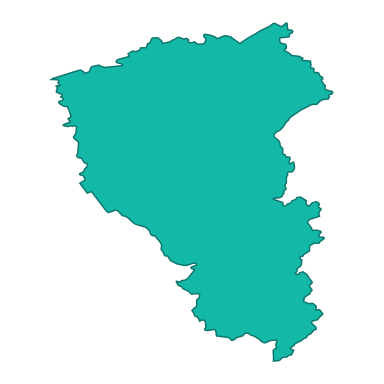 an SVG outline of Kemerovo
{"feature_id": "RUS-2401", "entity_name": "Kemerovo", "entity_type": "Region", "adm_level": 1, "iso_a3": "RUS", "parent_name": "Russia", "parent_adm1": "", "projection": "natural_earth1", "projection_center": [87.523, 54.5], "detail": "fine", "context": "isolated", "style": "filled", "palette": "teal", "viewbox_px": 384, "rotation_deg": 0, "n_neighbors": 0, "source": "natural_earth", "source_scale": "10m", "svg_char_len": 5885}
<svg xmlns="http://www.w3.org/2000/svg" viewBox="0 0 384 384"><path d="M281.2,26.6L282.2,26.3L286.2,23.0L287.2,23.6L287.2,26.0L287.8,29.6L291.6,30.3L292.3,30.5L292.7,31.2L292.3,32.8L290.1,33.6L289.4,34.2L289.4,36.2L288.8,37.0L280.3,37.8L279.7,38.2L279.6,40.8L280.7,43.2L285.4,44.2L286.4,45.7L286.1,48.4L284.3,50.0L284.6,50.9L287.9,52.3L291.8,55.5L299.6,56.4L300.6,57.3L302.6,57.9L302.8,58.5L301.8,59.4L301.7,60.0L302.1,60.3L310.5,61.1L310.7,61.4L310.4,62.9L311.1,64.6L310.4,66.7L310.6,67.6L313.9,68.6L314.0,69.3L313.7,71.0L314.0,72.1L314.9,72.6L317.0,72.5L318.6,73.0L318.9,73.4L319.7,75.7L322.0,76.9L322.7,77.7L322.9,78.8L321.1,79.6L323.6,84.2L325.2,85.5L325.3,86.3L324.8,88.0L325.0,88.9L326.9,90.2L332.4,91.6L332.7,92.6L331.8,94.1L329.0,94.7L328.6,95.6L329.4,96.9L328.4,98.9L323.0,99.6L321.1,100.4L319.8,101.2L317.2,104.0L316.2,104.4L312.9,104.3L311.2,104.8L300.9,110.0L290.0,117.5L288.9,119.6L286.0,122.4L283.3,126.7L280.0,130.1L275.5,132.6L274.0,135.0L274.0,136.3L274.7,137.3L278.9,140.8L279.9,143.2L280.2,145.9L282.8,148.7L282.7,153.5L283.2,154.1L285.0,154.7L285.7,156.3L286.6,157.1L289.5,157.1L290.0,157.9L290.1,159.1L289.0,161.7L289.3,163.3L290.2,163.8L292.5,162.3L293.7,162.3L294.5,166.8L294.3,168.8L292.3,171.8L288.7,171.9L287.4,173.0L287.6,175.5L286.5,176.6L286.3,183.1L284.7,185.2L286.1,188.9L283.9,191.1L283.8,193.6L282.6,194.9L281.9,196.5L281.3,197.0L277.7,198.0L273.9,198.3L273.3,198.6L273.3,199.0L274.3,199.7L282.5,202.4L282.9,203.1L283.4,206.0L284.3,206.3L286.1,205.5L287.9,203.8L289.9,203.5L291.0,202.5L291.7,201.1L295.8,199.3L297.0,197.6L299.7,197.0L301.2,197.4L306.3,200.7L305.8,203.9L308.8,206.1L309.5,206.1L311.2,203.7L312.3,202.8L316.3,201.7L318.4,202.9L319.4,204.2L318.6,206.2L318.6,207.1L321.1,209.0L318.7,213.0L319.5,216.3L309.6,219.4L308.0,221.1L307.6,222.4L308.4,224.0L311.3,227.7L312.4,230.4L317.0,230.2L320.8,231.4L321.2,232.1L318.8,234.8L319.1,236.5L320.0,237.2L323.2,237.1L324.3,238.1L323.5,239.2L320.2,241.3L319.1,243.1L314.1,243.2L310.6,245.1L309.8,245.9L309.6,246.8L309.5,250.5L309.1,251.3L303.9,254.4L302.7,256.3L300.8,256.5L299.7,257.1L299.7,257.8L301.8,260.0L301.2,265.0L300.1,266.5L297.3,268.5L297.0,271.1L295.4,273.4L295.7,274.1L298.1,274.6L298.7,274.3L299.4,272.9L303.0,271.8L307.3,274.8L307.9,276.5L312.0,281.8L312.1,282.7L311.7,283.4L309.5,285.4L309.4,286.0L309.5,286.5L312.0,289.8L311.9,290.5L310.4,291.9L309.5,294.2L307.6,295.1L304.0,297.7L303.8,297.9L304.4,298.9L303.2,301.0L303.8,301.6L308.4,303.6L312.9,303.4L316.2,306.2L316.3,307.3L315.6,309.8L316.3,310.1L318.9,309.6L319.7,309.9L322.8,313.9L322.7,314.3L319.5,317.2L317.6,319.7L312.5,321.0L311.8,321.5L311.6,322.9L311.9,323.6L315.8,327.0L316.2,328.8L316.0,329.5L313.5,330.3L311.2,333.4L308.1,335.0L306.3,337.5L303.3,338.9L301.4,340.5L295.4,343.5L293.8,345.6L290.4,348.0L290.2,348.5L290.7,349.2L293.7,350.3L291.4,354.9L288.3,355.5L286.7,357.1L284.5,357.0L282.9,357.5L281.4,358.4L280.0,360.0L278.5,360.7L273.3,361.0L273.6,358.9L273.2,350.6L276.7,347.1L276.6,346.4L275.7,345.2L276.8,341.3L276.7,340.2L276.4,340.0L270.4,340.5L266.4,342.4L264.3,342.9L261.0,341.1L258.8,338.9L255.5,336.9L253.1,335.7L251.5,335.4L248.0,333.1L244.7,333.5L242.5,336.0L237.2,337.3L233.6,340.0L231.5,340.3L229.4,338.1L228.3,337.5L216.8,336.0L216.3,335.3L216.3,333.7L215.6,330.5L215.2,329.7L214.3,329.5L207.4,330.6L204.7,329.9L204.6,329.2L205.9,327.5L205.9,326.7L205.2,321.5L204.8,320.6L203.9,320.2L201.5,320.0L199.8,321.3L197.8,317.2L195.3,316.2L194.5,315.5L194.1,313.7L192.0,310.6L192.1,310.1L196.6,306.2L196.8,305.3L196.6,300.0L199.2,297.7L199.7,294.5L198.9,294.0L196.2,293.6L192.0,294.2L191.1,293.9L188.4,291.2L182.9,288.6L181.5,286.6L178.2,285.4L176.3,281.8L176.4,281.4L177.3,281.3L179.6,282.1L180.7,281.6L181.4,280.7L185.3,280.1L187.9,278.3L194.7,269.8L194.3,269.2L191.8,268.8L191.0,267.5L191.6,267.0L196.2,265.3L196.5,264.6L195.7,263.0L193.0,263.3L186.9,265.3L184.0,265.4L177.0,263.9L170.9,260.8L169.6,259.4L168.7,257.4L167.7,256.1L165.1,255.8L164.4,255.2L163.3,252.5L161.1,249.3L161.7,245.3L160.6,242.8L155.3,236.2L154.1,235.7L152.5,235.7L151.3,234.9L150.5,233.8L149.5,230.8L146.7,228.1L145.5,227.1L135.7,224.3L133.0,222.5L128.2,218.0L125.3,216.2L122.3,215.6L118.4,211.3L116.5,210.2L115.1,210.3L108.9,212.4L107.8,212.3L105.6,210.1L91.7,191.8L90.8,191.8L87.2,193.1L79.9,183.3L84.6,180.2L85.3,179.1L82.9,175.4L80.2,174.9L79.6,174.1L79.7,173.7L83.5,171.9L84.8,168.8L86.9,166.8L87.3,165.7L87.3,164.2L86.6,163.5L84.2,162.6L81.7,158.4L78.0,157.5L76.6,155.8L77.6,153.5L77.9,151.6L78.6,142.8L78.3,141.9L73.9,138.2L73.5,136.9L75.9,133.4L76.6,126.7L74.7,125.7L72.3,126.3L70.4,125.6L68.5,126.5L67.6,126.5L64.4,125.9L63.1,125.2L63.5,124.7L70.2,121.9L70.4,121.0L68.6,119.8L68.1,118.7L70.3,117.5L70.8,116.9L70.9,115.8L68.7,109.5L67.1,106.5L63.8,106.2L60.2,104.1L58.8,102.6L58.8,101.7L62.7,100.2L63.3,99.3L62.8,98.0L60.8,97.0L60.7,96.7L62.2,95.8L62.3,95.0L61.9,94.1L59.9,93.9L58.2,92.6L56.4,92.2L56.6,89.6L57.6,88.0L57.6,87.5L56.3,86.5L56.2,86.0L60.2,85.4L58.1,83.1L58.1,82.6L59.0,81.5L58.7,80.8L57.9,79.7L51.3,79.5L52.5,78.6L78.3,70.5L80.8,70.1L83.8,71.9L84.3,73.4L88.6,72.1L89.6,71.3L90.3,68.7L91.6,66.8L98.6,65.1L102.1,66.8L105.5,67.4L122.7,65.6L122.4,64.5L121.5,63.8L116.7,62.6L116.2,61.9L116.2,61.2L117.0,60.1L118.3,59.4L129.1,56.5L129.1,55.9L128.0,53.9L132.2,51.2L133.1,51.0L135.2,51.7L136.1,51.6L139.7,50.1L140.2,49.4L140.4,47.9L145.1,47.8L146.2,47.4L146.8,46.5L147.5,43.7L150.1,42.8L151.7,38.6L152.5,38.0L157.8,37.8L161.3,40.6L161.9,41.4L162.5,43.4L170.0,41.9L171.8,40.4L175.0,39.3L176.7,37.8L179.0,37.3L184.0,39.2L185.9,38.4L186.9,38.6L188.7,40.0L187.9,41.6L188.6,42.3L191.9,42.8L194.4,41.8L197.6,44.2L203.2,44.0L204.2,43.4L205.6,40.9L205.9,39.7L205.9,38.7L204.0,36.8L203.7,35.8L204.2,34.4L205.3,34.3L210.0,35.1L214.6,36.7L217.4,38.7L224.0,35.9L226.7,35.9L230.5,36.8L239.8,43.5L249.5,37.1L254.3,34.6L259.6,31.2L269.5,26.3L273.3,23.5L274.8,23.4L281.2,26.6Z" fill="#14b8a6" stroke="#0f766e" stroke-width="1.5"/></svg>